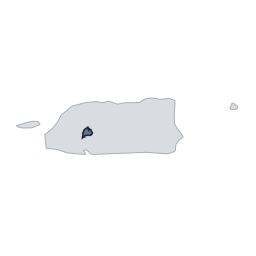 Aguas Buenas, Puerto Rico (highlighted), rotated 176°
{"feature_id": "32010507B96467798502033", "entity_name": "Aguas Buenas", "entity_type": "district", "adm_level": 2, "iso_a3": "PRI", "parent_name": "Puerto Rico", "parent_adm1": "", "projection": "natural_earth1", "projection_center": [-66.131, 18.251], "detail": "fine", "context": "in_parent", "style": "filled", "palette": "slate", "viewbox_px": 256, "rotation_deg": 176, "n_neighbors": 0, "source": "geoboundaries", "source_scale": "gbopen_adm2", "svg_char_len": 2457}
<svg xmlns="http://www.w3.org/2000/svg" viewBox="0 0 256 256"><g transform="rotate(176 128 128)"><path d="M168.9,107.2L171.5,109.1L174.0,108.9L171.9,104.8L173.8,104.8L189.9,107.3L200.2,111.5L210.9,113.5L211.5,127.2L203.4,132.8L198.0,138.5L193.7,145.6L182.2,153.8L168.3,156.3L159.1,156.5L155.7,156.2L152.4,154.8L145.4,156.1L136.8,152.5L129.5,153.4L114.9,152.6L109.4,155.7L104.1,156.4L99.0,155.8L94.6,154.4L83.8,154.5L79.2,151.8L81.1,136.1L81.3,129.0L78.6,123.2L75.7,119.5L73.6,115.1L77.9,112.3L81.4,108.1L82.5,101.8L86.3,100.3L90.8,99.5L111.5,102.5L163.9,104.1L166.9,104.6L168.9,107.2ZM228.0,140.8L221.4,141.4L217.1,140.6L215.6,137.7L223.6,134.9L232.9,135.3L238.3,136.9L238.9,138.0L228.0,140.8ZM22.5,145.3L21.7,145.4L20.9,145.3L20.6,145.0L20.0,144.1L17.6,142.6L17.1,141.3L17.6,139.8L18.6,139.3L23.5,139.1L24.0,139.3L24.9,140.3L24.9,141.0L24.5,141.6L23.6,143.4L23.3,143.8L23.0,144.3L22.9,145.0L22.5,145.3Z" fill="#d9dde1" stroke="#a8b0b8" stroke-width="1"/><path d="M174.2,121.2L173.9,121.4L173.6,121.7L173.6,121.8L173.2,121.9L172.7,122.0L173.0,122.1L172.9,122.3L172.8,122.5L172.5,122.7L172.4,122.7L172.5,122.9L172.5,123.0L172.2,123.1L171.7,123.2L171.4,123.3L170.6,123.7L170.3,123.6L170.0,123.5L169.5,123.4L168.4,123.6L168.2,123.6L167.9,123.6L167.6,123.6L167.4,123.4L167.0,123.4L166.8,123.3L166.7,123.3L166.5,123.2L166.2,123.3L165.9,123.4L165.7,123.6L165.4,123.6L165.2,123.7L165.0,123.8L164.9,123.9L164.9,124.1L164.7,124.3L164.5,124.5L164.2,124.7L164.1,124.8L164.0,125.2L163.9,125.3L163.8,125.5L163.7,125.6L164.0,126.1L164.2,126.3L164.3,126.4L164.4,126.5L164.5,126.8L164.8,126.9L164.8,127.1L164.7,127.1L164.7,127.7L164.8,127.8L164.9,128.0L165.0,128.2L164.9,128.5L165.3,128.7L165.5,128.9L165.5,129.0L165.8,129.1L166.0,129.2L166.1,129.4L166.4,129.4L166.9,129.3L167.0,129.1L167.2,128.8L167.5,128.4L167.6,128.7L167.6,128.8L167.6,129.1L167.6,129.3L167.4,129.6L167.5,129.7L167.5,130.0L167.4,130.1L167.6,130.1L167.8,130.4L168.0,130.4L168.1,130.7L168.0,130.9L168.0,131.0L168.1,131.3L168.0,131.5L167.9,131.6L168.2,131.7L168.4,131.6L168.5,131.4L168.8,131.3L168.9,131.0L169.2,130.8L169.3,130.7L169.5,130.5L169.8,130.5L169.8,130.4L170.5,130.1L171.1,129.8L171.3,129.6L171.5,129.4L171.7,129.0L171.9,129.0L171.9,128.8L172.1,128.7L172.3,128.2L172.6,127.9L172.6,127.2L172.9,126.9L173.1,126.7L173.4,126.2L173.5,126.1L173.2,125.8L173.3,125.4L173.4,124.7L173.6,124.0L173.8,123.2L173.9,122.8L173.9,122.7L174.2,121.2Z" fill="#64748b" stroke="#1e293b" stroke-width="1.5"/></g></svg>